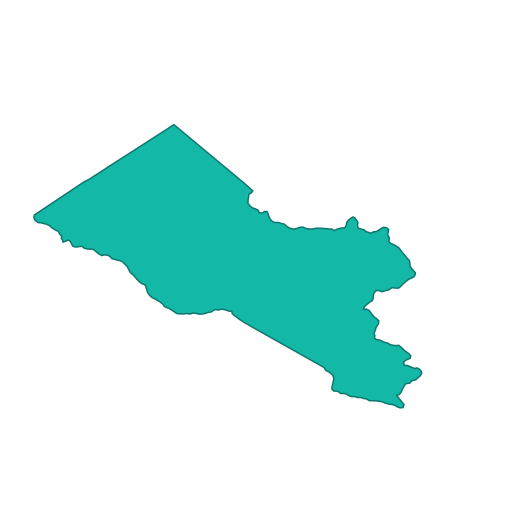 outline of Cristópolis, Bahia, Brazil, rotated 34°
{"feature_id": "56859067B44144789657411", "entity_name": "Cristópolis", "entity_type": "district", "adm_level": 2, "iso_a3": "BRA", "parent_name": "Brazil", "parent_adm1": "Bahia", "projection": "orthographic", "projection_center": [-44.194, -12.179], "detail": "fine", "context": "isolated", "style": "filled", "palette": "teal", "viewbox_px": 512, "rotation_deg": 34, "n_neighbors": 0, "source": "geoboundaries", "source_scale": "gbopen_adm2", "svg_char_len": 3798}
<svg xmlns="http://www.w3.org/2000/svg" viewBox="0 0 512 512"><g transform="rotate(34 256 256)"><path d="M98.4,230.5L96.9,234.1L89.5,251.1L86.0,259.4L83.5,265.0L81.8,269.3L74.5,286.2L73.5,288.1L72.1,290.4L49.3,346.0L50.4,348.4L52.7,349.9L56.8,350.1L59.3,348.6L61.6,347.9L64.2,346.9L67.5,346.3L70.0,346.7L72.8,346.7L75.1,346.7L78.2,346.1L81.2,347.7L84.0,348.3L84.8,350.4L86.8,350.8L88.1,352.4L90.1,350.1L91.3,347.8L93.5,347.5L95.9,348.8L98.2,350.2L100.8,349.8L102.7,348.5L104.5,346.7L106.4,345.3L109.2,345.6L112.3,344.5L114.9,343.0L116.7,341.6L119.0,341.6L121.4,341.9L124.6,342.2L128.0,341.8L130.1,339.5L133.5,338.1L136.2,338.2L138.2,338.8L140.2,337.9L143.6,336.9L146.1,335.8L148.7,335.5L151.9,336.1L154.9,336.6L157.8,338.3L160.7,339.9L162.9,340.2L165.3,340.4L168.6,341.4L171.2,342.1L174.0,342.6L176.7,342.8L178.7,342.1L180.7,342.2L183.1,344.0L185.9,346.4L189.0,347.9L191.9,348.5L194.8,348.3L198.0,348.0L202.0,347.7L205.7,348.0L208.3,349.1L211.1,348.6L213.6,348.0L216.2,348.0L219.4,348.0L222.5,348.0L225.2,346.6L228.1,344.7L229.9,343.1L231.8,341.9L233.9,340.9L235.5,338.7L238.1,337.2L240.6,336.4L242.9,334.9L244.7,333.4L246.3,331.8L247.7,329.6L249.9,327.8L250.8,325.8L252.3,323.1L255.3,321.7L256.7,319.6L258.9,318.5L261.6,317.6L264.5,316.8L266.8,315.4L268.6,317.1L271.7,317.5L275.3,317.6L277.5,317.8L280.8,317.7L284.1,317.7L287.6,317.3L290.8,317.2L374.5,310.4L377.8,311.8L381.0,311.4L383.4,311.4L386.3,312.0L388.9,313.9L390.0,316.3L390.9,318.6L392.2,321.8L393.4,323.9L396.0,324.5L398.1,323.1L400.3,322.4L403.3,322.6L405.3,321.1L407.7,320.0L410.4,319.9L413.4,319.4L416.8,317.2L419.8,316.3L422.0,314.6L424.7,314.1L427.6,312.6L430.7,312.6L432.4,311.5L434.6,310.2L436.5,308.9L439.0,307.8L441.6,306.5L445.6,305.6L449.2,304.4L451.6,303.1L454.0,302.3L457.5,302.0L460.2,301.4L462.7,299.4L461.8,296.4L459.4,295.7L456.2,294.7L453.2,293.8L450.6,292.9L452.1,290.9L452.5,288.1L451.8,284.1L451.5,281.1L451.6,278.1L454.5,275.5L455.0,272.3L457.6,269.3L458.4,266.1L459.2,263.4L459.0,260.6L456.9,258.9L454.4,258.5L452.0,258.8L450.6,260.4L447.8,261.2L445.4,261.6L442.8,262.1L440.1,263.7L438.0,262.0L438.0,259.4L439.2,257.4L441.0,254.6L440.1,252.2L436.7,251.4L432.4,251.5L427.5,250.5L424.3,250.2L422.5,251.7L420.2,253.1L417.3,254.3L413.5,254.7L410.1,255.9L405.8,256.4L402.3,258.0L399.9,257.8L399.3,255.7L397.1,254.3L396.4,250.7L395.5,248.0L395.4,245.9L395.4,243.7L394.1,241.1L390.9,240.5L388.7,240.5L384.5,239.5L380.4,237.9L377.6,238.2L374.9,240.0L374.2,237.8L375.1,233.7L376.5,229.7L377.4,227.9L377.0,225.8L375.7,223.9L374.5,221.1L375.0,217.3L377.4,215.9L380.5,215.1L383.1,211.8L385.2,209.5L386.6,206.0L389.5,204.7L392.0,203.0L392.8,201.0L393.5,197.1L394.6,193.1L395.6,190.0L398.4,185.4L398.6,183.0L397.5,180.8L394.9,180.1L392.6,179.5L389.3,178.3L387.8,176.1L385.9,174.1L382.5,173.3L378.8,172.1L376.4,171.6L371.9,170.0L369.5,169.3L366.7,169.4L364.2,169.5L361.1,170.1L358.2,170.0L357.2,167.8L356.0,166.1L353.3,164.9L352.4,162.6L351.2,159.9L348.5,159.6L345.8,160.7L344.5,162.9L343.5,165.4L342.2,168.4L339.9,170.2L338.6,172.8L336.3,173.4L333.6,174.3L330.8,173.9L327.7,175.1L325.1,175.8L323.0,174.0L321.8,171.3L319.5,170.2L316.7,169.2L314.5,169.5L313.4,172.1L312.6,174.6L312.4,177.5L313.7,179.8L313.9,182.9L310.7,185.5L308.5,188.0L306.7,191.2L303.9,191.2L301.3,192.8L298.1,194.5L294.7,196.5L292.8,197.6L290.2,199.4L287.5,202.3L284.5,204.1L282.0,205.3L279.2,205.6L276.7,207.3L274.5,210.2L272.3,212.6L270.4,213.3L268.2,214.1L264.8,214.2L261.9,213.7L259.2,214.7L255.6,215.8L252.5,217.9L250.3,218.2L247.6,217.7L244.5,216.0L242.1,214.1L240.2,213.0L238.1,214.4L237.4,216.6L234.9,218.3L231.9,216.8L228.4,217.4L226.1,218.1L223.4,217.9L219.9,216.9L218.0,213.9L217.1,211.7L215.5,208.8L216.9,206.2L216.9,203.8L208.4,202.6L184.7,200.1L180.3,199.7L114.5,193.0L98.4,230.5Z" fill="#14b8a6" stroke="#0f766e" stroke-width="1.5"/></g></svg>